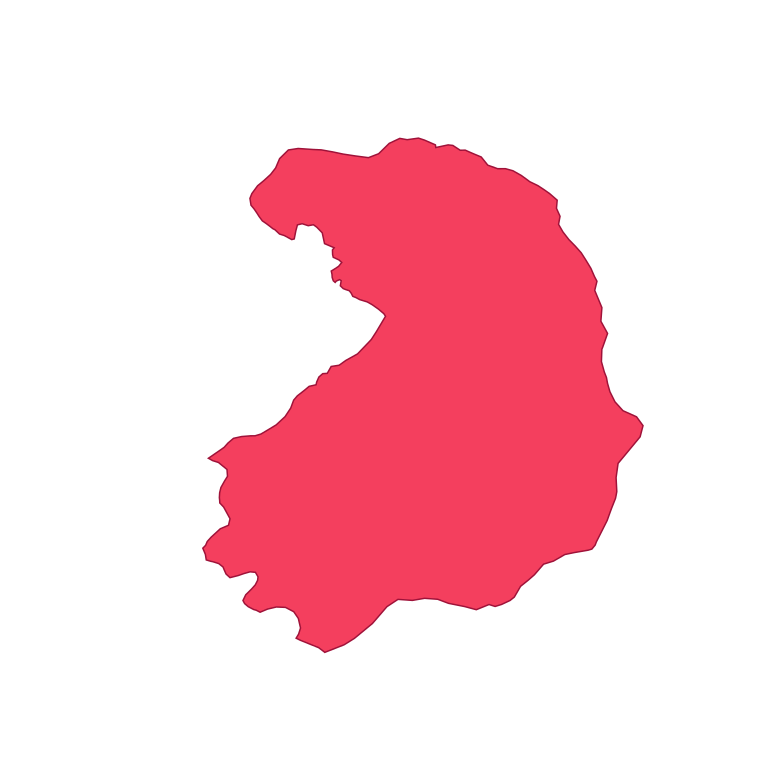 the district of Kerouane, Kérouané, Guinea, rotated 330°
{"feature_id": "49546643B6018429350706", "entity_name": "Kerouane", "entity_type": "district", "adm_level": 2, "iso_a3": "GIN", "parent_name": "Guinea", "parent_adm1": "Kérouané", "projection": "orthographic", "projection_center": [-9.183, 9.346], "detail": "fine", "context": "isolated", "style": "filled", "palette": "rose", "viewbox_px": 768, "rotation_deg": 330, "n_neighbors": 0, "source": "geoboundaries", "source_scale": "gbopen_adm2", "svg_char_len": 3111}
<svg xmlns="http://www.w3.org/2000/svg" viewBox="0 0 768 768"><g transform="rotate(330 384 384)"><path d="M622.6,316.1L625.9,311.4L622.7,302.1L619.9,296.0L616.6,289.4L611.4,281.7L607.2,272.1L602.3,263.8L596.8,258.2L590.1,254.4L583.3,246.4L581.7,236.0L577.7,230.8L574.7,226.8L571.3,222.1L566.9,219.7L562.9,211.8L559.1,209.0L547.1,205.1L548.1,202.6L541.0,193.0L536.8,188.3L526.2,184.0L520.5,179.2L508.9,178.2L494.5,181.9L483.7,180.2L473.0,172.0L463.5,164.4L455.7,157.4L446.8,149.9L439.9,145.5L427.4,137.1L418.2,133.5L406.3,136.6L398.2,142.7L390.6,145.8L381.5,147.8L373.7,149.1L364.8,153.0L360.7,156.2L358.2,162.7L359.0,167.1L359.4,172.3L359.6,176.7L360.2,181.9L362.3,186.3L363.9,190.1L365.4,193.9L366.7,195.9L368.5,201.9L371.9,205.6L376.3,212.8L378.8,213.5L384.4,207.1L388.6,202.9L393.3,204.3L397.5,209.0L402.5,210.8L404.2,214.6L406.1,222.2L402.7,232.7L409.0,241.1L406.4,242.1L404.2,246.2L403.4,248.9L407.0,254.0L408.2,257.6L403.5,259.4L398.3,259.7L394.8,259.8L393.8,263.0L392.4,265.8L391.7,269.2L392.5,271.6L394.2,271.0L397.7,271.4L398.6,273.1L395.3,277.1L396.4,281.0L398.0,283.0L400.6,285.9L401.0,289.0L400.8,292.5L402.9,295.1L405.1,298.7L410.5,304.5L413.4,309.4L416.6,316.3L419.0,323.0L419.2,326.1L403.5,334.9L395.3,339.1L386.5,341.7L376.1,344.7L362.8,344.5L354.5,345.3L347.0,342.4L340.2,346.4L336.1,344.4L331.1,345.4L326.6,348.7L324.8,350.7L318.0,348.6L311.7,349.7L303.1,350.9L297.7,352.8L291.2,358.2L282.0,362.8L270.2,365.5L261.1,365.7L252.4,365.8L246.5,364.4L242.4,362.1L234.4,358.3L226.5,355.8L219.4,357.1L214.0,358.9L209.9,359.3L194.8,360.5L197.3,364.7L201.5,369.3L201.6,369.7L205.3,379.5L202.3,385.7L197.4,388.3L191.0,392.1L187.3,396.0L184.6,400.1L183.3,403.0L182.3,404.9L183.6,410.4L183.3,423.7L178.7,428.6L169.9,427.5L157.8,430.2L152.2,432.0L148.9,434.5L145.0,435.6L144.1,442.3L142.1,447.5L145.5,451.1L146.8,452.2L151.1,456.9L153.1,462.0L152.7,464.9L152.2,469.6L153.8,474.7L162.0,477.0L167.8,478.1L174.1,479.7L178.5,482.8L178.5,488.0L177.8,488.9L176.4,490.8L172.1,493.6L166.6,495.4L158.9,497.4L153.6,501.0L153.5,504.5L155.1,509.0L158.4,514.2L160.2,516.0L162.6,519.7L170.6,520.7L179.3,523.3L187.0,528.2L192.0,536.1L192.6,544.2L189.7,553.6L185.0,557.9L180.8,560.2L183.4,564.1L195.6,579.7L198.4,586.4L198.5,586.8L219.1,589.9L231.1,589.5L254.3,585.6L275.2,578.3L288.4,577.5L300.4,585.6L312.0,589.9L322.9,597.3L330.2,606.2L342.6,617.1L351.1,625.6L364.7,627.5L369.0,632.2L375.6,633.7L384.9,634.5L390.3,633.7L401.1,627.5L410.8,626.0L418.9,624.4L432.1,619.8L442.2,622.1L455.4,622.1L464.7,625.2L470.9,627.5L477.7,630.0L481.5,630.9L484.4,629.8L486.3,629.1L489.0,626.9L509.0,613.8L515.0,608.7L519.1,605.3L527.3,598.8L529.0,596.9L531.8,593.6L538.2,581.1L546.0,571.1L547.0,569.8L559.2,565.3L579.4,557.8L584.9,552.2L587.5,549.6L586.3,538.7L577.6,526.6L575.1,514.9L575.8,503.6L577.9,495.2L579.9,489.6L580.8,483.7L583.5,473.3L590.0,462.9L592.0,461.3L602.9,452.0L603.2,438.1L610.9,426.8L613.3,408.3L619.8,401.5L620.0,396.2L621.0,387.3L620.8,378.2L620.4,369.0L618.6,360.3L616.3,351.3L615.0,341.8L615.0,336.3L615.0,333.0L620.3,326.8L621.2,318.1L622.6,316.1Z" fill="#f43f5e" stroke="#9f1239" stroke-width="1.5"/></g></svg>